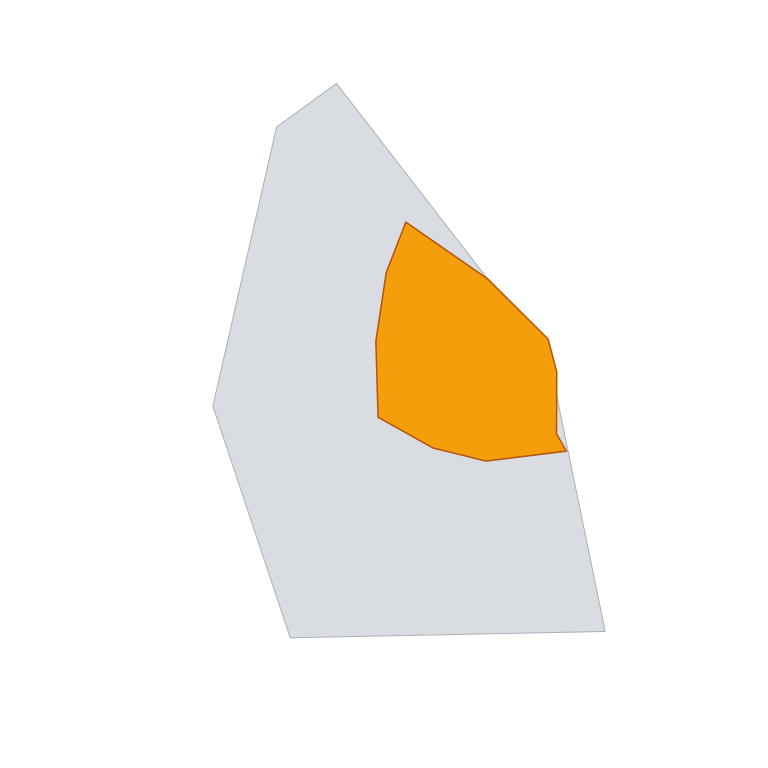 location of Saint Georges within Montserrat, rotated 343°
{"feature_id": "MSR-5088", "entity_name": "Saint Georges", "entity_type": "Parish", "adm_level": 1, "iso_a3": "MSR", "parent_name": "Montserrat", "parent_adm1": "", "projection": "orthographic", "projection_center": [-62.166, 16.749], "detail": "fine", "context": "in_parent", "style": "filled", "palette": "amber", "viewbox_px": 768, "rotation_deg": 343, "n_neighbors": 0, "source": "natural_earth", "source_scale": "10m", "svg_char_len": 460}
<svg xmlns="http://www.w3.org/2000/svg" viewBox="0 0 768 768"><g transform="rotate(343 384 384)"><path d="M549.3,407.7L523.2,685.3L220.2,599.3L213.9,355.0L356.4,106.9L426.4,82.7L549.3,407.7Z" fill="#d9dde1" stroke="#a8b0b8" stroke-width="1"/><path d="M452.2,235.6L513.9,313.9L554.1,389.1L552.7,423.1L534.4,482.0L538.8,501.5L458.9,487.5L412.1,459.5L368.6,414.1L388.7,340.8L418.8,278.0L452.2,235.6Z" fill="#f59e0b" stroke="#b45309" stroke-width="1.5"/></g></svg>